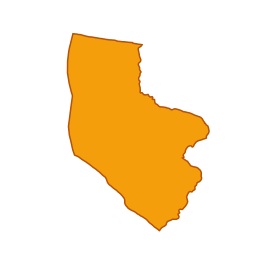 outline of Al Masilah, Al Mahrah, Yemen, rotated 203°
{"feature_id": "15242507B86858383588753", "entity_name": "Al Masilah", "entity_type": "district", "adm_level": 2, "iso_a3": "YEM", "parent_name": "Yemen", "parent_adm1": "Al Mahrah", "projection": "mercator", "projection_center": [50.513, 15.552], "detail": "fine", "context": "isolated", "style": "filled", "palette": "amber", "viewbox_px": 256, "rotation_deg": 203, "n_neighbors": 0, "source": "geoboundaries", "source_scale": "gbopen_adm2", "svg_char_len": 5681}
<svg xmlns="http://www.w3.org/2000/svg" viewBox="0 0 256 256"><g transform="rotate(203 128 128)"><path d="M51.9,149.4L52.3,150.2L52.6,151.0L52.6,151.9L52.3,152.8L51.9,154.4L51.9,155.3L52.0,156.3L52.3,157.0L52.8,157.8L53.8,159.3L54.3,160.0L54.9,160.6L55.5,161.1L56.3,161.3L57.2,161.4L57.8,161.9L58.5,162.4L59.3,162.3L59.7,163.1L60.5,163.5L61.2,163.9L61.9,164.4L62.6,165.0L63.3,165.5L64.1,165.8L64.9,166.1L65.8,166.2L66.6,166.3L67.4,166.1L68.3,166.1L71.7,165.9L72.6,165.9L73.5,166.0L76.0,166.0L76.9,166.0L77.8,165.8L79.5,165.5L80.3,165.4L81.1,165.2L82.0,165.1L82.8,164.8L83.7,164.7L85.3,164.8L87.1,164.8L88.0,164.7L89.8,164.5L90.6,164.4L91.5,164.2L92.4,164.0L93.1,163.5L94.3,162.2L95.1,161.8L96.0,161.7L96.8,162.0L97.6,162.1L98.5,162.0L99.3,161.8L100.2,161.7L101.1,161.7L101.9,161.5L103.6,161.1L105.2,160.6L106.1,160.2L106.9,160.0L107.7,160.0L110.1,161.0L111.0,161.1L111.9,161.1L112.7,161.5L113.2,162.1L113.7,162.7L114.2,163.6L114.5,164.4L115.3,164.6L116.1,164.1L117.0,164.2L117.1,165.0L117.2,165.9L118.0,166.3L118.7,165.8L119.4,165.3L120.4,165.3L121.1,165.6L121.9,166.2L122.5,166.7L123.3,166.3L124.0,165.7L124.8,165.3L125.6,165.1L126.5,164.9L127.4,165.2L128.0,165.6L128.8,166.0L129.5,165.6L130.3,165.3L131.0,165.8L131.1,166.7L131.5,167.5L132.6,169.8L133.1,170.5L133.7,171.2L134.2,171.9L134.7,172.6L135.0,173.4L135.1,174.2L135.0,175.0L135.5,175.9L136.3,176.1L137.0,176.7L137.4,177.4L137.7,178.3L137.7,179.2L137.6,180.1L137.5,180.9L138.1,182.6L138.2,183.4L137.9,184.2L138.2,185.0L139.0,185.4L139.7,185.9L140.4,186.6L140.6,187.5L141.0,188.2L142.3,189.4L142.9,190.0L143.5,190.7L143.5,191.6L143.3,192.4L142.9,193.1L142.5,194.0L142.6,194.9L142.8,195.7L143.4,196.4L144.6,197.6L145.7,198.9L146.2,199.7L146.6,200.5L147.1,201.1L148.6,203.3L149.1,204.0L149.5,204.9L149.4,205.0L149.5,205.2L149.6,205.8L149.2,206.7L148.7,207.2L148.2,208.0L147.8,208.8L147.6,209.7L147.6,210.2L152.0,209.0L153.6,208.7L154.9,208.3L155.5,208.2L155.9,208.1L156.3,208.0L156.8,208.2L157.1,208.4L157.4,208.2L157.6,208.2L158.1,208.1L161.0,207.1L164.5,206.1L167.6,205.0L168.4,204.8L169.1,204.6L170.9,204.0L172.5,203.7L173.1,203.8L174.6,203.6L174.8,203.5L175.5,203.3L176.3,203.0L177.3,202.7L179.2,202.0L179.9,201.8L180.5,201.5L181.1,201.5L183.4,200.8L184.4,200.7L185.6,200.3L186.5,200.2L188.4,199.6L197.2,197.5L198.7,196.9L199.3,196.8L200.3,196.6L200.6,196.5L201.8,196.3L202.3,196.2L203.4,196.0L204.6,195.9L205.8,195.6L206.8,195.6L208.5,195.3L209.6,194.9L210.1,194.7L210.4,194.7L210.5,194.7L210.8,194.6L211.1,194.6L211.6,194.4L212.0,194.4L213.4,193.9L214.9,193.5L215.5,193.3L213.2,178.8L212.4,175.1L209.7,165.9L205.3,155.2L199.7,146.3L194.4,139.2L192.1,136.5L191.5,135.3L188.4,123.9L185.4,113.3L183.4,106.1L179.1,98.4L175.7,93.9L170.4,86.4L166.6,82.2L165.6,82.2L165.0,82.2L162.9,82.2L162.3,82.1L161.8,82.0L161.3,81.9L160.2,81.6L158.3,81.1L157.8,81.1L156.5,80.8L154.2,80.5L153.7,80.4L153.1,80.3L152.0,80.0L150.9,79.8L150.2,79.7L149.8,79.5L149.1,79.4L148.0,79.1L147.4,78.9L146.9,78.8L145.9,78.5L145.2,78.3L144.6,78.1L144.1,78.1L143.6,77.9L143.1,77.9L142.1,77.6L141.5,77.5L141.0,77.4L140.6,77.2L139.3,76.9L138.8,76.7L137.6,76.4L136.1,75.9L135.0,75.5L134.5,75.3L133.6,74.9L132.0,74.4L131.5,74.3L130.2,74.0L129.7,73.8L129.1,73.5L128.7,73.1L128.3,72.8L127.5,72.0L127.1,71.6L126.8,71.2L126.1,70.4L125.3,69.7L124.3,69.1L123.8,68.8L122.9,68.4L120.6,67.9L120.0,67.7L119.6,67.4L119.0,67.3L117.9,66.9L117.3,66.8L116.6,66.6L115.5,66.4L114.2,66.1L113.2,65.7L111.5,65.1L110.4,64.8L109.4,64.5L108.8,64.3L107.9,63.8L107.4,63.6L106.7,63.3L106.2,63.0L105.0,62.3L104.4,62.0L103.9,61.6L103.4,61.1L103.0,60.6L102.4,59.4L102.0,58.4L101.8,58.0L101.5,57.5L101.1,57.0L100.7,56.6L99.8,56.0L98.9,55.4L98.3,55.2L97.4,54.7L96.9,54.4L95.6,54.0L94.2,53.8L93.4,53.7L92.9,53.6L91.7,53.6L89.3,53.5L87.7,53.2L86.5,52.8L85.9,52.7L85.5,52.6L84.2,52.5L83.7,52.4L81.9,52.0L81.2,52.0L80.7,52.0L80.2,51.9L79.1,51.8L77.9,51.5L76.6,51.3L76.0,51.2L75.0,50.9L74.5,50.7L72.8,49.9L72.2,49.6L71.7,49.4L71.0,49.1L68.5,48.5L68.0,48.3L67.5,48.2L67.0,48.0L66.4,47.8L65.5,47.4L64.9,47.3L64.3,47.1L63.7,47.0L63.2,46.9L61.6,46.5L61.1,46.4L60.0,46.1L59.5,45.9L59.0,45.8L58.9,45.8L58.8,46.1L58.7,47.0L58.5,47.9L57.9,49.6L57.4,50.3L56.2,51.8L55.7,52.5L55.3,53.2L55.2,54.1L55.2,54.9L55.4,56.0L55.3,56.8L54.8,57.7L54.1,58.4L53.5,59.0L52.8,59.5L52.3,60.2L51.8,61.0L51.1,61.5L49.4,62.2L48.6,62.5L47.8,63.0L47.2,63.6L46.6,64.2L46.2,64.9L46.3,65.8L46.6,66.6L47.2,67.2L48.0,67.6L48.3,68.5L47.8,69.3L47.3,70.1L47.9,70.7L48.6,71.2L49.0,72.0L48.9,72.8L48.3,73.6L47.4,73.8L46.7,74.0L46.0,74.5L45.7,75.3L45.5,76.1L45.1,77.1L44.8,77.9L44.5,79.0L44.4,79.8L44.2,80.8L44.2,81.6L44.2,82.6L44.3,83.5L44.7,84.2L45.3,85.0L45.8,85.6L46.8,87.0L47.2,87.8L47.2,88.7L47.2,89.6L47.1,91.4L46.9,92.3L46.7,93.1L46.1,93.7L45.3,93.9L44.5,94.0L43.9,94.6L43.8,95.4L43.4,96.2L42.7,96.9L42.4,97.7L42.7,98.5L43.2,99.3L43.4,100.1L43.3,101.0L42.8,101.7L42.7,102.6L43.0,104.5L42.6,105.2L41.9,105.9L41.3,106.5L40.6,108.1L40.5,108.9L40.5,109.8L40.6,110.6L41.1,111.3L41.7,112.0L42.1,112.8L42.3,113.6L42.9,115.1L43.4,115.9L44.0,116.5L44.8,117.2L45.5,117.5L46.3,117.8L48.0,118.4L48.8,118.5L49.7,118.5L51.3,118.2L53.1,117.9L54.0,117.8L54.9,117.7L55.7,117.8L56.5,118.3L57.9,119.2L58.8,119.6L59.5,120.2L60.3,120.6L61.2,120.6L62.0,120.8L62.9,120.9L65.4,121.5L66.2,121.7L65.7,122.4L65.1,123.0L65.7,123.7L66.5,124.2L66.6,125.2L66.5,126.0L66.1,126.8L65.9,127.9L66.1,128.8L66.3,129.6L66.3,130.5L66.3,131.4L66.1,132.2L65.9,133.2L65.7,134.0L64.6,135.3L64.0,135.9L63.1,136.2L62.3,136.0L61.5,135.6L60.9,136.1L60.6,136.9L60.6,138.6L60.4,139.5L59.9,141.3L59.6,142.1L59.1,142.8L58.5,143.5L57.9,144.1L56.5,145.2L55.2,146.3L54.6,147.0L53.9,147.6L53.1,148.2L52.5,148.7L51.9,149.4Z" fill="#f59e0b" stroke="#b45309" stroke-width="1.5"/></g></svg>